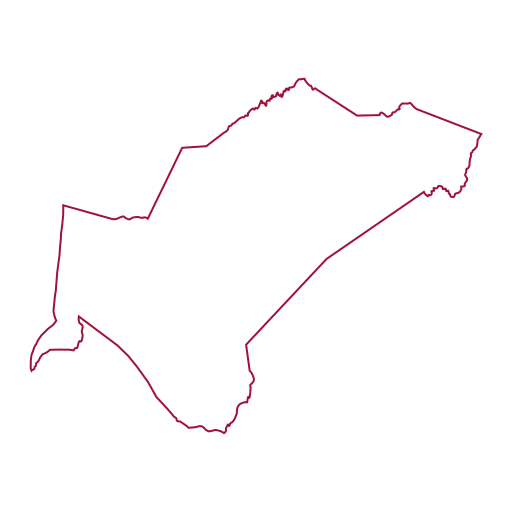 the district of San Francisco del Valle, Ocotepeque, Honduras
{"feature_id": "27666195B97087706022026", "entity_name": "San Francisco del Valle", "entity_type": "district", "adm_level": 2, "iso_a3": "HND", "parent_name": "Honduras", "parent_adm1": "Ocotepeque", "projection": "equal_earth", "projection_center": [-88.98, 14.422], "detail": "fine", "context": "isolated", "style": "outline", "palette": "rose", "viewbox_px": 512, "rotation_deg": 0, "n_neighbors": 0, "source": "geoboundaries", "source_scale": "gbopen_adm2", "svg_char_len": 5931}
<svg xmlns="http://www.w3.org/2000/svg" viewBox="0 0 512 512"><path d="M63.2,205.3L63.3,206.7L63.2,214.6L62.2,225.2L61.0,233.7L60.9,237.9L59.9,249.1L59.5,255.3L57.2,272.4L55.8,290.7L55.0,295.5L53.5,310.6L53.7,312.3L54.4,315.6L55.4,318.6L56.3,320.8L53.1,324.9L47.9,328.9L41.9,334.8L40.7,336.3L37.7,340.8L36.3,344.0L34.8,346.1L34.1,347.8L32.7,352.0L31.8,354.1L31.4,355.5L31.2,357.2L30.8,360.6L30.7,368.0L30.9,369.0L31.6,370.8L31.7,370.7L31.8,370.1L32.1,369.9L33.4,369.5L34.2,369.0L34.9,366.6L35.5,366.2L35.8,365.8L36.0,364.8L36.1,363.7L36.3,363.1L38.3,361.2L39.1,359.8L40.0,357.7L42.2,354.7L43.0,354.0L44.8,353.4L47.0,352.2L48.5,351.2L50.0,349.8L59.6,349.6L69.1,349.7L73.6,350.4L74.2,349.3L75.2,348.2L75.8,348.0L76.7,348.2L77.1,348.0L77.6,346.8L78.4,343.3L79.1,341.6L79.4,341.3L79.8,341.1L80.5,341.5L80.9,341.5L81.3,341.3L81.5,340.9L82.2,338.7L82.7,335.3L82.7,335.0L81.7,331.5L82.0,330.5L82.6,327.2L82.6,325.7L81.9,324.9L80.6,323.9L79.4,322.9L78.8,320.6L78.6,318.5L78.9,316.5L117.8,345.7L128.3,356.0L136.5,366.1L147.9,381.8L156.4,397.0L167.8,409.3L171.3,413.3L173.8,416.5L176.1,418.0L176.5,418.8L176.7,420.3L177.2,420.9L178.0,421.3L179.4,421.3L180.3,421.6L186.6,425.9L188.3,427.6L188.7,427.8L196.0,427.1L199.0,426.2L200.6,426.1L201.7,426.4L202.9,426.9L203.8,427.6L204.9,429.0L205.7,429.7L207.1,430.6L208.7,431.3L209.8,431.3L215.8,429.9L220.5,431.1L222.2,432.0L224.0,433.1L225.0,432.4L225.7,431.4L226.0,430.2L225.9,428.8L225.9,428.4L227.7,424.8L227.9,424.6L228.2,424.7L228.4,424.9L228.5,425.5L228.7,425.8L229.0,425.9L229.3,425.8L229.7,425.3L229.9,424.2L230.2,423.6L230.8,423.0L232.3,422.2L233.4,420.8L234.3,419.5L236.8,413.7L236.9,413.0L236.9,410.8L237.2,408.6L237.7,406.9L238.5,405.6L239.2,404.8L239.9,404.2L241.1,403.5L242.4,402.9L245.2,402.1L245.9,402.2L246.8,402.5L247.2,402.2L247.3,401.7L247.6,399.2L248.0,397.2L248.4,397.0L248.5,397.2L248.7,397.8L249.1,397.9L249.5,397.2L249.8,396.0L250.3,392.5L250.6,388.0L250.5,387.0L250.2,385.6L250.2,385.1L250.5,384.6L251.6,383.7L252.9,382.2L253.4,381.5L253.7,380.7L253.9,379.6L253.8,378.5L253.4,377.1L252.7,375.2L251.3,372.5L249.7,370.8L246.1,344.7L326.6,258.9L423.9,191.9L424.3,193.0L426.2,195.1L427.4,196.1L428.1,196.1L428.5,195.8L428.5,195.1L428.7,194.9L429.6,195.1L430.3,195.1L431.0,194.8L431.4,194.3L431.7,193.8L431.7,193.1L431.7,192.0L431.4,191.3L431.5,191.1L433.8,190.8L434.1,190.7L434.2,190.4L433.7,189.4L433.7,188.1L434.1,188.0L435.3,188.3L436.7,188.3L437.6,187.5L438.3,186.1L439.2,185.9L441.0,186.2L442.3,186.9L442.6,187.3L442.6,188.4L443.0,189.2L443.8,189.1L444.8,188.6L445.3,188.6L445.7,188.9L446.3,191.0L447.2,191.0L447.9,190.6L448.2,190.7L448.6,191.8L448.7,193.2L448.8,193.6L449.9,194.2L450.2,194.8L450.3,195.8L450.5,196.2L450.9,196.6L451.6,196.9L452.7,197.1L453.6,197.0L454.3,196.1L454.7,195.3L455.0,194.2L455.4,193.7L456.8,193.1L458.0,193.1L459.1,192.4L460.5,191.0L461.4,188.4L461.1,186.8L461.1,186.6L463.7,186.4L464.6,186.1L464.8,185.5L464.7,184.3L464.8,183.5L467.0,180.3L467.2,179.2L467.0,178.2L465.3,175.5L465.1,175.0L465.6,173.4L466.3,171.4L466.4,170.8L466.2,169.8L466.4,169.2L466.7,168.8L467.5,168.6L468.0,168.3L468.8,167.1L469.3,166.1L469.5,164.8L469.6,162.2L470.0,159.5L470.3,158.1L471.1,155.9L471.1,155.2L470.8,154.2L470.9,153.5L471.2,152.9L471.9,152.6L472.2,152.2L472.5,151.7L472.6,150.9L472.9,150.5L474.6,149.2L476.6,146.8L477.0,145.9L477.2,144.1L477.5,142.1L477.6,140.0L481.3,134.0L416.6,109.1L414.2,107.2L410.8,103.4L410.1,102.9L407.8,103.6L402.2,103.5L400.4,105.2L399.3,106.8L399.2,107.6L399.6,108.6L399.6,109.0L399.4,109.3L399.0,109.5L398.3,109.2L398.0,109.3L394.6,112.2L394.1,112.4L393.2,112.3L392.7,112.5L392.3,113.0L392.1,114.2L391.8,114.8L390.2,115.8L387.8,116.8L387.3,116.8L386.8,116.6L384.5,114.4L382.5,113.0L381.4,112.5L380.8,112.7L380.3,113.2L379.8,114.1L379.6,115.1L357.1,115.6L316.6,89.4L315.6,88.5L315.1,88.3L314.7,88.4L314.0,88.8L313.4,89.5L312.8,89.6L312.4,89.1L311.8,87.4L311.1,85.9L310.7,85.7L310.1,85.7L309.6,85.5L307.9,83.9L305.8,81.4L305.1,80.2L304.6,78.9L302.4,78.9L300.9,79.4L300.3,79.2L299.7,79.2L298.7,79.4L296.7,81.6L295.4,83.5L294.8,84.7L294.3,86.2L293.8,86.6L291.8,87.4L290.1,87.5L289.4,87.6L289.1,88.1L289.2,88.9L289.1,89.3L288.9,89.7L288.5,90.0L288.1,90.0L287.8,89.8L287.4,88.9L287.0,88.6L286.5,88.5L286.0,88.8L285.7,89.4L285.7,90.6L285.4,91.2L285.1,91.4L284.7,91.4L284.1,90.9L283.7,91.2L282.8,94.9L282.3,96.3L281.9,96.9L281.4,96.8L281.2,96.4L281.1,96.0L281.4,95.2L281.2,94.6L280.6,94.5L280.4,94.8L280.3,95.4L280.2,95.7L279.9,95.8L279.4,95.7L278.7,95.2L278.2,94.6L278.0,93.9L277.9,93.0L277.6,92.7L277.2,92.9L276.8,93.4L276.3,94.8L276.1,96.1L275.8,96.4L274.4,96.9L273.4,97.0L273.0,96.6L273.0,95.8L272.9,95.4L272.6,95.2L272.2,95.3L271.7,95.9L271.5,96.4L271.6,96.9L271.9,97.8L271.9,98.3L271.7,98.6L271.3,98.8L270.5,98.5L270.1,98.7L269.8,99.3L269.8,100.3L269.5,100.8L269.0,100.8L268.4,100.5L268.0,100.4L267.3,100.8L266.7,101.4L266.4,102.4L266.5,104.3L266.1,105.7L265.8,105.6L264.7,103.9L263.7,102.7L263.3,102.6L262.5,103.1L261.8,102.9L261.6,102.6L261.6,102.2L261.8,101.4L261.8,100.9L261.5,100.6L261.1,100.7L258.8,106.6L258.2,107.6L257.6,108.4L257.1,108.5L256.3,108.0L255.8,107.9L255.2,108.3L254.8,109.1L254.5,109.5L253.9,109.4L253.5,108.7L253.1,108.6L252.5,108.8L251.6,109.3L249.8,110.9L249.4,111.5L248.9,112.5L248.0,113.2L247.9,113.8L248.1,114.9L247.9,115.4L247.7,115.7L247.1,115.9L246.2,115.5L245.6,115.5L245.1,115.9L244.5,116.8L244.1,117.2L243.4,117.4L242.3,117.2L241.7,117.3L238.9,118.9L234.2,123.2L233.7,123.4L232.9,123.5L232.4,123.8L231.7,125.0L231.2,125.5L230.7,125.8L229.7,125.9L229.2,126.2L228.7,126.8L228.3,128.4L227.9,129.4L227.2,130.5L226.4,131.3L225.3,132.0L224.2,132.5L206.3,146.2L182.2,147.8L147.8,218.7L146.5,217.8L145.5,217.4L144.4,217.4L141.8,217.8L140.7,217.7L138.5,217.1L136.7,217.0L133.0,217.5L131.9,218.0L130.3,219.1L129.7,219.3L128.9,219.3L128.1,219.1L126.5,218.5L125.3,217.8L124.0,216.6L123.1,216.4L120.7,217.1L116.4,219.0L114.9,219.2L112.9,219.2L63.2,205.3Z" fill="none" stroke="#9f1239" stroke-width="2"/></svg>